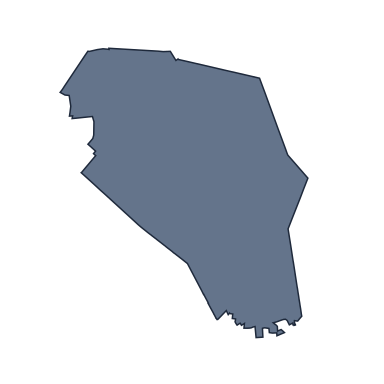 outline of Tlahualilo, Durango, Mexico, rotated 352°
{"feature_id": "50627088B18924906437301", "entity_name": "Tlahualilo", "entity_type": "district", "adm_level": 2, "iso_a3": "MEX", "parent_name": "Mexico", "parent_adm1": "Durango", "projection": "albers", "projection_center": [-103.583, 26.292], "detail": "fine", "context": "isolated", "style": "filled", "palette": "slate", "viewbox_px": 384, "rotation_deg": 352, "n_neighbors": 0, "source": "geoboundaries", "source_scale": "gbopen_adm2", "svg_char_len": 2817}
<svg xmlns="http://www.w3.org/2000/svg" viewBox="0 0 384 384"><g transform="rotate(352 192 192)"><path d="M178.0,47.8L136.6,39.5L129.7,38.1L129.7,39.3L129.0,39.1L128.2,38.8L127.3,38.6L123.8,37.8L118.1,37.8L110.0,38.5L108.5,38.1L105.3,41.6L80.5,69.4L77.8,72.5L75.3,75.0L79.7,78.3L83.8,79.3L83.9,90.2L82.3,96.2L81.2,99.8L84.4,100.0L83.5,102.6L88.3,102.8L99.5,103.2L103.9,103.4L104.7,108.7L102.7,121.4L102.4,122.5L101.2,125.2L99.7,126.6L97.0,129.0L95.6,130.2L96.9,131.7L102.2,138.1L99.8,140.3L101.7,142.6L99.1,144.9L85.2,157.4L85.0,157.5L92.3,166.2L94.6,169.0L101.9,177.9L104.3,180.7L113.9,192.3L123.4,203.8L134.2,216.9L136.3,219.3L137.5,220.6L139.5,222.7L142.5,225.9L153.7,237.4L156.8,240.6L160.3,244.3L160.8,244.8L162.2,246.2L164.3,248.4L164.7,248.9L165.0,249.3L166.0,250.3L166.4,250.6L168.4,252.7L169.5,253.8L171.8,256.2L174.5,259.0L176.0,260.6L176.8,261.4L177.2,261.9L177.5,262.1L180.2,269.7L187.9,291.2L189.2,295.1L189.4,295.0L190.4,297.9L192.5,303.6L192.7,304.3L192.4,304.4L194.5,310.1L195.7,313.2L196.3,314.8L196.7,316.2L196.9,316.5L197.1,317.1L198.0,319.6L198.2,320.4L198.3,320.4L198.6,320.7L198.7,320.9L199.2,322.3L199.2,322.2L199.9,321.7L200.1,321.5L200.7,321.1L200.8,321.0L202.5,319.7L209.5,314.2L209.8,315.3L210.8,318.5L212.2,317.3L212.2,317.5L212.8,317.7L213.3,317.9L215.4,318.5L214.3,322.9L217.3,323.7L217.5,323.8L217.0,325.6L216.8,325.8L216.6,326.5L216.8,327.3L217.9,329.8L218.1,330.1L221.4,328.6L222.0,329.8L222.4,330.9L225.6,329.5L224.5,334.1L227.9,334.6L230.5,334.8L232.1,334.7L233.2,334.3L233.8,334.2L235.7,334.0L235.2,345.1L239.1,345.4L242.0,345.6L242.8,336.8L243.2,336.7L245.1,336.6L249.2,337.8L249.0,342.0L252.0,342.9L256.3,343.3L256.1,346.2L258.7,345.5L260.1,345.1L264.0,344.1L263.1,342.9L261.1,340.6L257.4,341.6L257.8,336.9L256.2,334.7L255.9,334.7L254.2,332.8L256.7,332.5L257.7,332.4L260.9,331.7L263.3,331.2L265.3,330.9L265.5,330.9L265.7,331.0L265.9,331.0L266.0,331.0L266.3,331.0L266.5,331.0L266.8,331.0L267.1,331.2L267.2,331.3L267.3,331.4L267.4,331.5L267.6,331.7L267.7,331.8L268.0,332.1L268.2,332.3L268.4,332.6L269.1,334.7L269.9,337.1L273.5,335.8L273.5,337.6L273.8,337.6L274.3,337.7L274.4,338.1L274.4,338.3L274.8,338.3L275.9,338.1L275.9,337.3L275.3,336.7L275.4,335.3L275.4,334.3L275.4,333.8L275.5,333.6L278.1,334.4L278.7,334.5L281.3,332.1L283.4,330.3L283.3,328.1L283.3,326.0L283.3,322.6L283.2,319.1L283.2,316.9L283.1,312.9L283.1,309.7L283.0,305.8L283.0,302.3L282.9,300.7L282.7,284.6L282.7,283.4L282.6,277.1L282.6,276.1L282.5,273.9L282.3,257.7L282.0,241.9L287.9,231.4L298.5,212.7L303.0,204.5L308.7,194.4L308.1,193.5L292.0,168.8L291.7,167.6L290.9,163.9L290.9,163.7L288.5,152.7L286.2,142.2L278.2,104.6L274.7,88.7L262.3,83.9L240.8,75.7L205.0,61.9L199.4,59.8L196.5,58.7L196.5,58.4L194.4,59.5L190.1,49.7L187.1,49.4L183.1,49.0L178.0,47.8Z" fill="#64748b" stroke="#1e293b" stroke-width="1.5"/></g></svg>